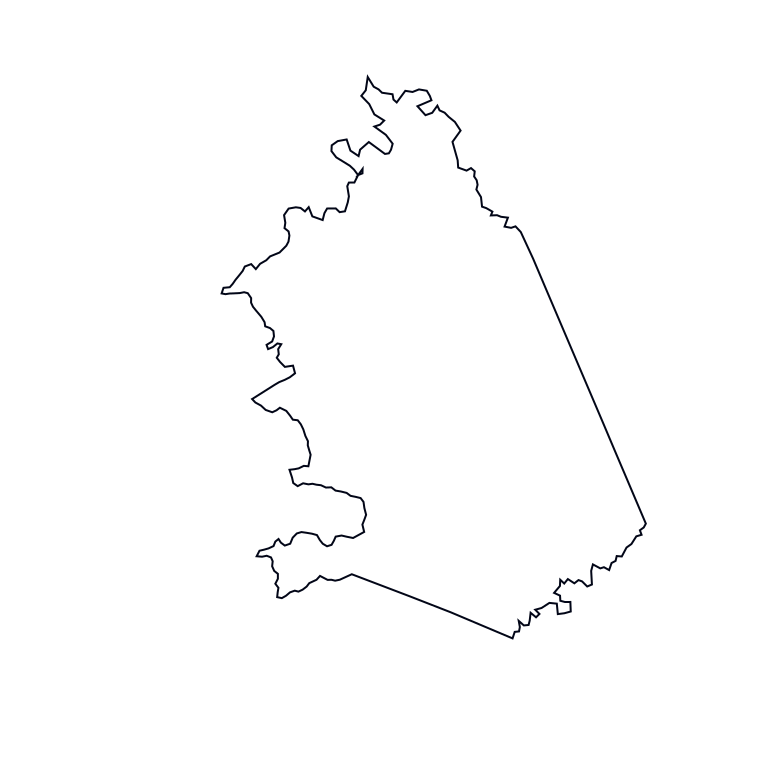 Espumoso, Rio Grande do Sul, Brazil (Robinson projection), rotated 335°
{"feature_id": "56859067B24285500809060", "entity_name": "Espumoso", "entity_type": "district", "adm_level": 2, "iso_a3": "BRA", "parent_name": "Brazil", "parent_adm1": "Rio Grande do Sul", "projection": "robinson", "projection_center": [-52.869, -28.845], "detail": "fine", "context": "isolated", "style": "outline", "palette": "ink", "viewbox_px": 768, "rotation_deg": 335, "n_neighbors": 0, "source": "geoboundaries", "source_scale": "gbopen_adm2", "svg_char_len": 3730}
<svg xmlns="http://www.w3.org/2000/svg" viewBox="0 0 768 768"><g transform="rotate(335 384 384)"><path d="M262.1,421.8L261.1,430.0L259.9,435.4L262.6,440.1L268.7,439.8L273.1,443.0L277.0,444.2L280.2,446.7L284.1,449.1L287.6,453.3L292.6,455.4L295.0,460.1L299.5,463.2L304.1,466.9L306.4,471.2L310.6,474.3L314.6,477.5L315.6,482.2L313.8,488.1L312.5,495.0L308.9,498.6L305.0,502.3L303.5,509.7L290.9,510.5L285.6,506.6L281.5,503.4L275.7,501.9L272.3,504.9L268.5,507.6L263.8,507.0L261.0,502.9L259.9,498.3L259.4,492.6L255.4,489.2L250.9,486.1L246.6,483.3L241.8,482.6L236.3,484.7L231.5,489.1L225.8,488.5L223.5,484.2L222.9,479.9L218.9,480.9L215.4,484.2L209.9,484.2L205.5,483.5L200.7,482.5L195.8,486.3L200.5,489.0L205.1,490.1L208.3,493.4L208.2,497.6L205.6,501.9L205.5,507.0L207.6,511.2L205.5,515.7L201.1,519.1L202.2,524.1L199.7,527.7L197.1,532.0L200.9,534.9L205.7,534.5L210.8,533.1L215.8,533.6L218.7,536.0L223.3,536.0L228.3,534.9L232.1,532.9L240.1,532.9L244.9,530.9L250.1,537.7L253.6,539.2L256.6,541.6L261.2,542.7L274.4,542.8L317.7,587.4L348.0,619.1L393.0,668.9L397.7,663.9L401.8,665.3L404.4,661.7L406.0,655.6L408.7,661.9L413.2,663.5L416.0,660.1L420.2,653.3L423.2,659.7L427.7,658.1L425.7,652.5L432.1,653.6L441.4,652.3L447.8,656.1L444.3,666.0L450.6,668.0L457.1,669.1L460.8,660.3L455.9,658.1L452.2,655.0L454.1,650.2L449.9,645.2L458.1,641.4L461.0,635.9L463.0,641.0L468.2,638.5L472.3,645.1L477.4,643.9L480.1,646.6L482.6,653.4L487.7,653.6L492.8,640.9L497.1,635.8L502.1,642.5L505.9,643.0L509.4,647.8L514.6,642.4L519.1,642.2L522.2,638.3L526.6,640.8L534.7,634.7L540.6,633.6L548.3,628.7L553.7,629.5L554.1,624.7L558.8,623.8L562.3,621.2L564.1,568.7L565.0,541.9L566.1,511.7L571.0,365.1L572.1,333.6L572.2,304.1L569.8,296.7L565.2,296.2L559.8,292.3L566.6,285.6L560.7,281.9L557.8,278.8L552.1,276.4L555.1,273.6L551.0,267.8L547.8,264.7L550.9,255.6L549.9,246.8L553.0,243.0L554.1,238.5L553.4,234.0L556.1,229.6L554.1,225.1L549.0,225.5L542.7,219.2L545.3,212.4L548.4,193.5L560.5,186.7L559.0,176.4L555.5,169.2L553.6,163.7L550.0,159.5L550.0,154.3L542.3,158.6L535.2,157.9L531.7,146.4L546.9,146.9L547.3,142.3L546.7,136.3L540.2,131.8L533.3,131.4L527.2,127.3L514.5,134.2L512.8,130.2L514.2,125.0L505.3,119.2L503.6,114.7L500.3,110.2L499.0,98.9L491.6,110.1L485.2,113.3L488.9,124.1L489.2,135.6L495.5,145.3L490.0,147.3L484.1,146.6L491.0,159.0L493.4,169.9L489.4,174.6L485.9,177.0L482.1,175.9L472.5,158.3L461.4,161.5L457.3,166.7L452.2,158.3L453.5,146.6L444.7,144.3L437.5,145.6L434.8,150.7L436.5,158.4L445.3,171.8L447.4,177.0L448.8,183.7L442.3,188.9L437.3,186.6L434.3,189.2L431.5,199.1L427.9,204.1L421.6,211.0L416.4,209.5L414.5,204.5L406.6,200.9L402.2,204.0L397.7,209.5L389.9,201.8L390.5,191.9L385.3,194.2L382.8,189.2L378.8,186.6L371.7,184.7L364.8,188.7L362.7,196.2L359.7,200.7L362.0,205.4L361.0,209.5L357.6,214.6L353.9,217.4L344.9,220.7L334.7,220.2L329.6,222.1L322.5,222.7L316.4,225.7L314.3,219.2L307.5,218.7L303.7,221.8L298.5,224.4L293.5,226.8L289.2,229.3L285.1,231.1L279.2,229.0L275.1,233.3L278.3,235.6L282.2,236.7L285.5,238.1L291.6,240.6L296.0,241.7L298.9,244.1L299.9,250.0L297.9,254.1L297.9,258.6L299.1,263.5L301.2,271.2L301.9,277.5L300.7,281.5L304.3,285.1L306.2,289.2L304.4,294.4L300.6,298.2L294.1,298.9L293.7,303.4L298.9,303.6L304.5,302.2L307.7,304.5L302.8,307.7L301.2,312.6L297.9,314.9L299.1,320.1L301.4,326.6L305.2,327.7L309.3,328.9L307.9,336.7L301.4,338.1L295.8,338.3L289.9,338.0L284.7,338.5L258.1,341.9L259.6,346.4L263.4,351.6L265.8,357.5L270.8,362.4L275.5,362.4L279.6,361.5L284.1,367.1L285.5,373.0L286.3,377.8L290.5,380.4L291.6,385.4L291.7,391.0L290.8,397.8L290.9,403.7L289.0,407.4L288.2,412.6L287.6,417.1L280.7,426.6L276.7,424.3L271.0,424.4L266.9,423.4L262.1,421.8ZM448.8,183.7L455.5,180.0L453.5,184.0L448.8,183.7Z" fill="none" stroke="#020617" stroke-width="2"/></g></svg>